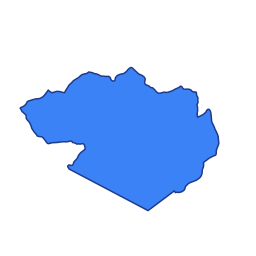 outline of Liure, El Paraíso, Honduras, rotated 231°
{"feature_id": "27666195B78599057689965", "entity_name": "Liure", "entity_type": "district", "adm_level": 2, "iso_a3": "HND", "parent_name": "Honduras", "parent_adm1": "El Paraíso", "projection": "orthographic", "projection_center": [-87.049, 13.55], "detail": "fine", "context": "isolated", "style": "filled", "palette": "blue", "viewbox_px": 256, "rotation_deg": 231, "n_neighbors": 0, "source": "geoboundaries", "source_scale": "gbopen_adm2", "svg_char_len": 5844}
<svg xmlns="http://www.w3.org/2000/svg" viewBox="0 0 256 256"><g transform="rotate(231 128 128)"><path d="M179.7,145.7L180.1,145.5L180.5,145.2L180.9,144.7L182.1,143.1L183.3,142.0L183.9,141.4L184.7,140.4L185.5,139.7L186.0,139.4L187.1,139.0L188.3,138.5L189.4,137.8L190.3,137.2L190.9,136.6L191.4,136.1L192.0,135.8L193.0,135.4L193.6,135.0L195.2,133.6L196.0,133.0L196.2,132.8L196.3,131.0L196.4,130.5L196.5,129.9L196.9,129.1L197.5,128.1L197.9,127.2L198.3,126.1L198.5,125.4L198.5,124.8L198.5,124.0L198.4,122.3L198.4,121.0L199.1,115.4L198.7,112.6L198.6,110.6L198.4,109.2L198.3,108.6L198.1,108.1L197.5,106.7L197.1,105.2L196.9,104.6L196.1,102.5L195.6,101.3L195.5,101.1L195.5,100.9L195.7,100.6L196.2,100.1L199.5,97.7L200.5,96.6L201.1,95.9L201.4,95.5L201.6,95.1L202.1,93.7L202.8,92.1L203.3,91.3L203.6,90.9L203.9,90.7L205.4,90.3L207.6,89.8L207.3,88.6L206.4,85.2L206.0,83.4L205.9,81.9L205.9,81.1L205.9,80.3L206.0,79.7L206.2,79.0L206.4,78.2L206.7,77.6L207.1,77.0L208.7,74.5L209.3,73.3L210.7,70.0L211.0,69.3L211.1,68.7L211.4,68.3L211.8,66.6L211.8,66.1L211.6,65.7L211.2,64.9L211.0,64.2L210.7,63.5L210.6,62.9L210.6,60.8L210.6,60.2L210.8,59.7L211.1,58.5L211.4,57.7L211.2,56.7L209.2,56.4L207.8,56.1L207.4,56.1L205.9,56.3L202.7,56.8L202.2,56.8L201.8,56.7L201.6,56.6L200.0,55.3L199.6,55.0L199.3,54.9L197.6,54.8L195.5,54.9L194.4,54.9L192.8,54.6L191.4,54.2L190.4,53.9L188.9,53.2L188.2,53.0L184.5,52.6L182.7,52.6L180.5,52.7L179.4,52.5L179.0,52.5L178.7,52.6L178.4,52.7L178.0,53.0L177.5,53.4L175.5,55.4L175.4,55.5L175.2,55.6L173.8,55.8L171.8,55.9L170.6,55.8L168.6,55.7L167.6,55.7L167.0,55.7L166.6,55.9L166.3,56.0L166.1,56.2L165.8,56.5L165.1,57.9L164.4,59.5L164.2,59.9L162.8,61.8L161.2,64.0L159.4,67.0L158.0,69.1L157.4,69.9L156.4,70.9L155.9,71.5L154.8,73.5L154.1,75.0L153.8,75.5L153.6,75.6L153.4,75.7L152.8,75.9L152.5,75.9L152.0,75.8L151.6,75.8L151.3,76.1L150.8,76.6L150.3,76.9L148.8,77.7L147.6,78.2L147.4,78.4L147.2,79.0L146.9,79.5L146.5,79.9L145.8,80.4L145.6,80.7L145.4,81.0L145.0,82.0L144.6,82.5L144.3,82.9L144.1,83.2L143.8,83.3L143.6,83.4L143.1,83.4L142.6,83.4L142.0,83.3L141.4,83.1L140.8,82.8L140.0,82.4L139.4,82.0L138.7,81.5L138.6,81.2L138.5,80.7L138.5,79.2L138.6,76.2L138.5,75.5L138.5,74.9L138.1,73.5L138.0,72.6L137.9,72.2L137.4,71.6L137.1,70.9L136.6,69.8L136.2,68.8L136.1,68.2L136.0,66.7L135.8,65.6L135.7,64.8L135.6,64.3L135.4,64.0L134.9,63.5L134.6,63.0L134.2,62.3L134.1,61.7L134.1,61.4L134.1,61.1L134.3,60.9L134.6,60.5L135.2,59.8L136.0,59.3L136.3,59.0L136.5,58.7L136.5,58.3L136.5,58.0L136.5,57.7L136.4,57.4L136.2,57.1L135.9,56.9L135.4,56.7L133.0,56.5L51.2,91.6L50.0,124.3L48.1,124.2L48.1,124.5L47.9,124.8L47.2,125.6L46.4,126.4L46.0,126.8L45.6,127.6L45.2,128.3L44.9,128.8L44.8,129.3L44.6,130.0L44.5,130.7L44.4,131.6L44.4,132.2L44.5,132.8L44.7,133.4L45.0,134.0L45.3,134.4L46.0,135.2L46.2,135.7L46.4,136.2L46.5,136.6L46.6,138.1L46.8,139.4L46.8,140.0L46.7,140.6L46.5,141.7L44.8,146.9L44.5,148.0L44.3,149.2L44.2,150.9L44.2,152.2L44.3,153.2L44.5,154.0L44.8,154.7L45.4,155.9L46.0,156.8L46.5,157.3L47.4,158.2L47.8,158.6L48.3,158.9L48.5,159.1L49.1,160.0L50.2,162.0L50.9,162.8L51.5,163.4L52.0,163.8L52.4,164.1L52.9,164.3L53.2,164.4L53.4,164.7L53.6,165.0L53.6,165.6L53.7,166.4L53.5,169.2L53.5,171.7L53.3,172.9L52.6,176.4L52.3,177.4L52.0,178.0L51.9,178.4L51.9,178.8L51.9,179.1L51.9,179.4L52.0,179.7L52.3,180.0L52.6,180.4L54.6,182.2L55.0,182.6L56.2,184.4L58.3,188.1L58.7,188.6L59.0,188.9L59.3,189.2L60.1,189.7L62.4,191.2L63.8,192.2L64.7,192.7L65.6,193.1L66.9,193.6L68.5,194.0L69.9,194.4L71.7,194.7L72.2,194.8L73.1,195.2L73.8,195.4L75.9,196.0L79.0,196.7L80.2,197.0L80.5,197.2L81.1,197.6L85.6,200.6L87.5,201.8L88.5,202.3L89.4,202.6L90.4,202.8L90.9,202.8L91.4,202.7L91.8,202.4L92.1,202.1L92.2,201.7L92.2,201.0L92.1,200.1L91.9,199.6L91.5,198.9L91.3,198.4L91.2,196.7L91.2,195.0L91.3,194.1L92.3,189.8L92.4,189.4L92.6,189.1L92.9,189.0L93.1,189.1L93.7,189.5L95.5,190.7L96.1,191.3L96.7,191.8L97.0,192.2L97.5,192.9L98.7,193.8L100.1,194.9L100.5,195.2L101.2,195.5L102.0,195.9L102.7,196.2L102.8,196.4L103.0,196.9L103.4,197.7L103.6,198.2L103.9,198.5L104.4,198.9L105.2,199.4L106.1,200.1L106.8,200.7L107.5,201.4L107.8,201.5L108.8,201.6L110.1,201.9L111.2,202.5L112.0,203.1L112.4,203.3L112.7,203.5L113.0,203.4L113.6,203.0L114.3,202.4L114.4,202.0L114.7,201.7L115.1,201.4L115.5,201.1L115.9,201.0L116.2,200.9L117.3,200.9L118.3,200.7L118.6,200.6L119.0,200.3L119.8,199.7L120.7,198.8L121.1,198.4L121.6,197.6L122.2,196.8L122.7,196.2L123.0,195.9L123.7,195.7L124.9,195.6L125.4,195.7L126.1,195.8L126.5,195.8L126.9,195.6L127.2,195.4L127.4,195.0L127.5,194.6L127.5,194.2L127.4,193.6L127.5,193.2L127.8,191.8L128.7,188.3L128.9,186.9L129.1,185.8L129.3,185.1L130.0,183.4L130.6,181.5L130.9,181.0L131.6,180.1L132.1,179.6L132.7,179.1L133.0,178.8L133.9,177.1L134.5,175.6L134.9,174.7L135.2,174.4L135.5,174.0L136.1,173.6L136.8,173.2L138.0,172.9L139.3,172.8L141.6,172.8L142.4,172.6L143.6,172.4L143.9,172.3L144.1,172.1L144.9,171.4L145.3,171.1L146.0,170.9L146.9,170.8L147.4,170.7L148.9,170.0L150.2,169.2L150.5,169.1L150.8,169.0L151.3,169.0L151.9,169.1L152.4,169.3L152.8,169.5L153.1,169.8L153.4,170.0L153.6,170.3L154.0,170.8L154.3,171.2L154.7,171.7L155.2,172.0L155.7,172.4L156.1,172.5L156.5,172.6L157.1,172.6L157.7,172.6L158.3,172.5L160.1,172.0L160.9,171.6L161.9,171.1L162.3,170.8L163.4,170.4L164.1,170.2L164.7,170.1L171.6,169.2L172.3,169.0L172.8,168.7L173.1,168.4L173.3,167.9L173.5,167.4L173.5,166.7L173.4,164.6L173.2,163.9L173.0,162.8L172.9,162.1L172.9,160.6L173.0,159.6L173.2,158.8L173.4,158.1L173.7,157.6L174.3,156.6L174.6,155.9L175.3,153.8L175.4,153.2L175.5,152.8L175.4,151.6L175.2,150.8L175.1,150.4L174.9,149.9L174.6,149.4L174.4,149.1L173.8,148.6L173.5,148.0L173.3,147.7L173.3,147.4L173.3,147.1L173.3,146.8L173.5,146.5L173.6,146.2L174.2,145.7L174.8,145.4L175.6,145.2L176.1,145.2L176.6,145.2L177.0,145.4L177.7,145.7L178.5,145.9L179.1,145.9L179.7,145.7Z" fill="#3b82f6" stroke="#1e3a8a" stroke-width="1.5"/></g></svg>